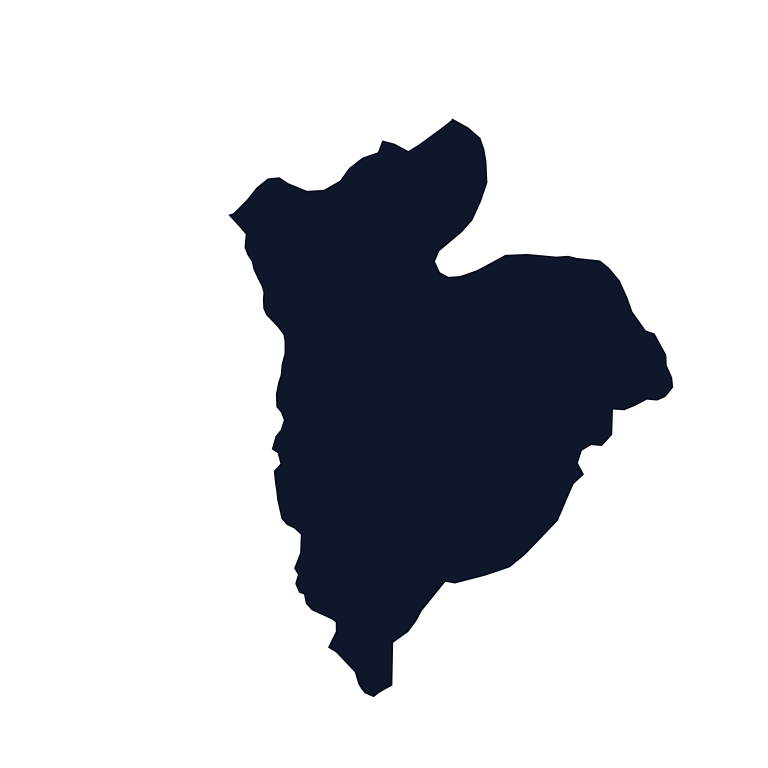 Pasir Mas, Kelantan, Malaysia, rotated 309°
{"feature_id": "92858781B75737561234517", "entity_name": "Pasir Mas", "entity_type": "district", "adm_level": 2, "iso_a3": "MYS", "parent_name": "Malaysia", "parent_adm1": "Kelantan", "projection": "orthographic", "projection_center": [102.076, 6.021], "detail": "fine", "context": "isolated", "style": "filled", "palette": "ink", "viewbox_px": 768, "rotation_deg": 309, "n_neighbors": 0, "source": "geoboundaries", "source_scale": "gbopen_adm2", "svg_char_len": 1875}
<svg xmlns="http://www.w3.org/2000/svg" viewBox="0 0 768 768"><g transform="rotate(309 384 384)"><path d="M418.1,157.9L415.9,172.8L414.0,182.8L406.5,187.8L402.8,190.3L399.0,197.1L396.5,204.6L391.5,210.9L387.2,219.6L383.4,228.3L379.7,233.3L373.4,237.7L367.2,243.3L364.1,249.6L362.2,265.2L359.7,275.2L354.7,280.8L345.3,288.3L335.3,292.7L326.0,298.9L319.1,301.4L308.5,307.0L299.1,315.2L297.8,322.0L293.5,329.5L283.5,333.3L275.4,333.3L263.5,338.3L264.1,345.1L257.2,354.5L247.3,353.9L239.8,361.4L233.5,368.2L227.3,374.5L215.4,389.5L214.1,397.0L216.0,405.1L215.4,414.5L207.9,420.1L200.4,425.7L192.9,428.2L184.8,430.7L182.3,437.6L173.5,441.3L169.2,449.4L171.0,454.4L164.8,461.9L163.5,470.0L166.0,480.0L169.1,491.9L169.1,496.9L161.6,503.1L152.9,505.0L144.8,506.9L146.0,515.6L143.5,534.4L142.3,543.1L135.4,553.1L133.5,558.1L132.3,563.7L134.8,572.5L140.4,573.7L147.3,576.2L150.3,577.5L154.8,579.4L188.5,553.1L206.6,558.1L220.4,557.5L231.2,555.4L269.3,555.4L274.2,564.2L299.5,582.8L321.0,596.4L340.5,600.4L363.0,602.3L387.4,604.3L407.9,598.4L425.5,593.5L439.1,595.5L444.0,583.8L456.7,578.9L467.4,582.8L473.3,591.6L487.9,592.5L508.4,576.9L515.3,586.7L526.0,592.5L537.7,597.4L543.6,606.2L551.4,610.1L563.1,610.1L568.5,604.7L569.9,603.3L575.8,591.5L583.6,584.7L592.7,562.6L589.6,553.7L595.8,531.3L603.9,518.1L612.0,501.9L615.2,485.7L615.2,474.4L602.7,455.0L598.9,446.9L590.8,438.2L574.5,413.8L560.2,397.6L543.3,390.7L530.2,385.1L515.2,375.7L507.1,367.0L505.2,357.0L510.8,345.8L522.1,342.6L550.8,348.2L567.0,348.9L586.4,343.9L605.1,337.0L620.7,323.2L628.9,313.9L635.1,303.9L635.7,288.3L632.5,270.1L632.3,271.4L615.7,267.5L590.4,260.7L579.6,256.8L576.7,241.2L571.8,230.4L560.1,234.3L546.4,225.6L529.9,221.7L514.2,222.6L496.7,215.8L485.0,203.1L479.1,183.6L478.1,172.9L470.3,165.1L456.7,162.1L440.1,162.2L421.5,160.2L418.1,157.9Z" fill="#0f172a" stroke="#020617" stroke-width="1.5"/></g></svg>